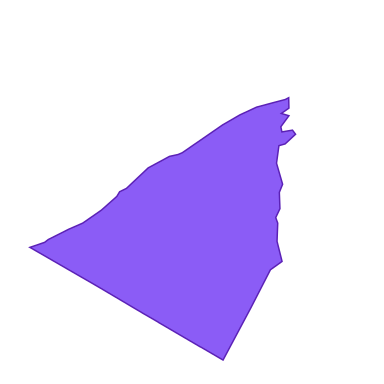 Franklin, Pennsylvania, United States of America, rotated 30°
{"feature_id": "52423323B56600660833819", "entity_name": "Franklin", "entity_type": "district", "adm_level": 2, "iso_a3": "USA", "parent_name": "United States of America", "parent_adm1": "Pennsylvania", "projection": "mercator", "projection_center": [-77.726, 40.005], "detail": "fine", "context": "isolated", "style": "filled", "palette": "violet", "viewbox_px": 384, "rotation_deg": 30, "n_neighbors": 0, "source": "geoboundaries", "source_scale": "gbopen_adm2", "svg_char_len": 825}
<svg xmlns="http://www.w3.org/2000/svg" viewBox="0 0 384 384"><g transform="rotate(30 192 192)"><path d="M217.7,74.0L205.5,86.2L194.9,101.3L185.1,118.3L163.9,162.9L161.2,166.5L154.7,172.4L142.0,193.0L133.4,221.7L129.2,227.9L129.1,233.4L122.6,253.0L112.9,273.6L103.9,285.8L91.3,305.0L89.6,309.2L79.3,321.0L87.3,321.0L88.1,321.0L157.6,321.0L187.2,321.3L187.4,321.3L194.8,321.4L203.6,321.5L207.3,321.5L210.3,321.6L227.6,321.6L228.4,321.7L229.4,321.7L276.5,322.0L277.0,321.9L299.4,322.0L299.5,322.0L302.9,322.0L300.9,263.0L298.8,220.1L304.7,207.1L290.3,192.2L281.8,176.1L277.3,172.3L276.5,162.5L267.8,148.6L266.6,140.0L250.8,124.8L244.1,108.4L248.6,103.8L252.8,90.2L248.1,88.2L239.8,95.0L236.3,91.1L237.8,77.5L230.1,79.3L234.0,70.9L228.6,62.0L226.5,65.3L217.7,74.0Z" fill="#8b5cf6" stroke="#5b21b6" stroke-width="1.5"/></g></svg>